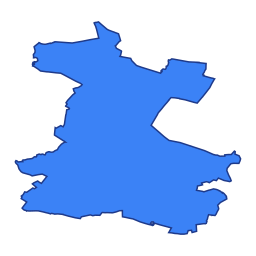 the district of Zaļenieku pag., Jelgava, Latvia
{"feature_id": "27541924B28600018737203", "entity_name": "Zaļenieku pag.", "entity_type": "district", "adm_level": 2, "iso_a3": "LVA", "parent_name": "Latvia", "parent_adm1": "Jelgava", "projection": "equal_earth", "projection_center": [23.49, 56.518], "detail": "fine", "context": "isolated", "style": "filled", "palette": "blue", "viewbox_px": 256, "rotation_deg": 0, "n_neighbors": 0, "source": "geoboundaries", "source_scale": "gbopen_adm2", "svg_char_len": 5433}
<svg xmlns="http://www.w3.org/2000/svg" viewBox="0 0 256 256"><path d="M215.0,215.5L216.1,214.1L217.1,211.9L218.5,209.4L218.7,208.5L217.7,205.2L220.5,202.4L220.9,202.2L226.8,198.9L226.5,197.2L226.2,197.0L226.4,196.3L224.1,193.6L222.7,192.5L222.4,193.0L220.6,191.4L219.3,190.8L219.4,190.7L217.4,189.8L216.2,189.4L213.5,188.9L209.8,190.0L209.4,190.0L203.9,191.8L202.7,191.4L196.5,190.3L196.8,189.2L197.2,188.4L197.5,186.0L201.2,185.2L202.5,184.8L201.6,183.0L206.4,181.7L208.2,182.1L209.3,182.7L213.6,179.9L216.4,180.6L218.4,178.1L224.1,180.5L227.9,181.2L229.6,181.6L230.0,181.5L231.2,180.8L230.3,178.3L228.7,175.2L226.8,170.6L227.2,168.2L230.8,163.8L232.1,163.5L233.8,163.3L238.9,163.4L239.2,162.7L240.0,160.9L240.6,158.8L239.1,155.8L235.0,154.1L235.2,151.6L234.4,151.1L231.3,154.5L227.4,154.6L224.7,154.9L224.8,156.1L219.9,156.2L217.4,155.1L215.8,155.1L214.0,154.6L213.9,154.7L205.9,151.2L204.5,150.6L180.2,142.6L169.0,140.4L164.4,136.9L151.1,125.3L157.3,114.8L158.2,112.9L161.8,108.7L163.6,106.4L165.9,103.7L166.3,103.3L169.0,100.1L168.8,100.0L171.0,97.6L174.8,97.8L179.6,98.5L179.7,98.8L185.1,99.8L194.2,102.4L197.2,103.1L202.2,97.2L202.5,97.0L202.5,96.9L205.3,93.4L209.8,87.6L211.7,83.8L214.4,79.1L214.6,78.9L213.0,78.3L211.4,78.0L208.7,77.3L203.5,75.8L203.9,75.2L202.8,74.7L202.9,74.3L203.4,73.4L204.3,72.1L204.6,71.2L204.9,70.5L205.9,69.1L206.0,65.4L206.1,63.5L197.4,62.5L197.7,62.3L188.8,61.9L173.4,59.1L171.7,58.9L170.6,59.7L169.5,60.1L168.5,59.9L168.3,60.4L168.3,61.9L168.7,62.6L168.4,63.5L168.1,64.8L167.4,65.9L167.2,66.1L166.9,66.2L166.5,66.1L166.2,66.3L166.3,66.5L166.6,66.6L166.3,67.1L165.9,68.7L165.3,69.3L164.2,69.2L163.5,69.0L162.8,69.1L161.2,70.6L161.0,71.0L161.3,71.1L161.7,71.0L162.1,71.2L161.6,72.1L160.7,72.7L160.6,73.2L157.7,72.3L141.6,67.3L137.0,65.7L136.3,65.3L131.8,60.7L130.7,58.4L126.8,57.7L119.9,56.4L120.6,55.2L121.5,51.3L121.4,51.0L121.1,50.8L116.4,48.3L116.2,47.8L115.4,46.0L115.3,45.9L116.1,45.3L119.0,41.8L120.6,40.7L119.4,36.6L118.5,33.8L108.8,30.2L107.1,29.3L101.1,24.2L98.5,21.9L96.4,22.4L96.0,22.6L95.7,22.4L94.7,22.6L94.1,22.9L94.4,23.7L95.7,26.4L96.1,27.8L96.6,29.4L98.8,38.2L90.1,39.7L82.0,41.3L72.2,43.0L55.3,41.8L54.1,42.3L54.1,42.1L50.8,43.5L50.4,43.1L46.0,44.2L44.9,44.3L42.9,44.1L40.4,43.5L40.0,43.0L39.5,42.8L39.0,42.6L38.4,43.3L37.6,43.9L34.1,46.7L34.1,46.9L35.0,50.1L35.1,51.1L35.0,51.5L34.9,52.6L33.4,54.5L33.4,55.1L33.6,56.8L33.6,57.3L33.5,57.8L33.9,57.9L34.8,57.5L35.5,57.5L36.0,57.6L37.0,58.1L37.4,58.5L37.6,58.9L37.6,59.9L37.9,60.4L37.7,60.9L36.2,61.8L35.8,61.9L35.0,61.7L34.2,61.7L34.2,61.9L34.2,62.1L34.4,62.2L34.7,62.3L34.8,62.5L34.6,62.9L34.4,63.0L34.1,63.0L33.8,62.7L33.3,62.5L33.1,62.5L32.9,62.5L32.8,63.6L32.5,63.9L32.5,64.2L32.8,64.2L33.3,64.0L33.8,64.0L34.2,64.1L34.4,64.3L34.3,64.5L33.1,64.6L32.7,64.9L32.6,65.0L32.9,65.6L32.8,65.8L32.7,66.0L34.0,66.4L37.8,68.9L40.5,71.0L47.2,71.9L47.5,71.8L55.9,72.8L60.7,73.2L64.4,75.1L75.8,81.2L80.4,83.3L82.1,84.6L81.4,85.6L78.4,87.4L77.4,87.7L75.8,87.9L73.3,88.8L73.9,91.1L75.1,93.0L74.8,93.3L72.9,94.7L67.7,100.3L66.0,102.8L67.0,103.8L67.1,104.1L65.6,106.1L65.7,106.3L68.7,107.7L69.4,108.6L69.1,109.1L66.7,109.8L66.1,114.3L65.8,114.8L64.4,124.4L63.1,126.8L60.8,125.6L56.1,128.2L55.2,127.6L54.5,134.1L54.5,135.1L63.3,140.7L64.1,141.1L65.4,142.1L65.0,142.1L63.9,142.6L62.4,143.5L61.2,144.4L58.7,147.2L57.6,149.3L57.3,149.7L55.0,150.7L53.5,151.8L53.0,152.0L51.9,152.2L51.1,152.2L49.0,151.7L48.1,151.9L46.5,152.5L46.2,152.7L45.9,153.1L45.2,154.8L44.3,154.8L43.1,154.2L42.7,154.1L42.0,154.1L41.7,154.2L41.3,154.5L41.0,154.6L40.5,154.5L39.9,154.2L39.1,154.1L36.9,154.9L36.7,155.1L36.6,155.4L36.7,156.0L36.6,156.4L36.3,156.8L36.1,156.9L35.9,156.9L34.8,156.7L33.6,157.3L32.7,158.2L32.4,158.4L31.6,158.6L30.3,158.8L27.8,159.1L27.4,159.1L25.0,159.9L23.1,160.0L22.8,160.1L22.4,160.5L22.8,161.6L20.6,161.7L18.1,162.0L17.4,161.2L16.0,160.6L15.4,161.5L15.4,162.1L15.8,163.0L16.4,163.7L17.6,164.8L17.8,165.1L18.8,168.3L19.0,168.8L19.3,169.4L21.1,171.7L22.9,172.8L30.1,174.8L32.1,175.9L38.5,174.6L42.3,174.1L46.9,176.4L41.4,183.4L39.4,182.3L37.7,181.0L33.9,182.8L32.4,183.9L36.4,187.4L34.5,188.7L32.8,188.0L31.5,189.0L26.7,192.3L24.7,191.9L23.2,194.6L21.3,196.1L22.0,196.9L21.2,198.6L26.7,202.0L22.1,208.1L22.6,208.7L23.6,209.6L23.8,209.8L24.4,210.1L26.3,210.6L26.5,210.8L26.6,211.0L27.0,210.8L29.2,211.0L36.0,210.8L38.5,210.9L43.5,212.0L45.7,212.6L48.4,213.2L50.5,213.9L51.0,213.6L51.5,213.4L53.3,213.7L54.5,214.1L57.8,213.9L63.1,214.4L63.1,214.6L68.4,216.1L75.4,217.8L80.3,218.6L81.4,216.8L90.3,214.9L92.8,215.7L95.2,215.2L99.9,215.3L101.9,212.7L102.2,212.5L105.2,212.7L107.0,212.6L112.6,212.8L116.2,211.9L119.5,210.7L122.4,210.6L122.4,214.2L122.5,216.8L125.8,217.4L130.8,218.5L133.0,218.9L140.2,221.9L145.0,223.4L148.9,224.5L151.6,225.1L151.6,224.8L151.8,224.6L152.1,224.5L152.5,224.6L152.7,224.9L152.5,225.2L152.2,225.4L152.3,225.5L153.2,225.3L153.6,224.9L154.0,224.2L153.3,224.1L150.7,224.0L150.4,223.9L150.4,223.6L150.7,223.2L151.1,222.4L151.7,221.9L152.1,221.9L153.4,221.9L153.5,222.0L153.6,222.3L153.1,222.5L153.3,222.7L153.3,222.8L160.2,224.9L171.4,227.9L168.7,232.6L171.8,232.9L175.0,233.5L177.2,233.6L180.5,234.1L184.2,234.1L187.1,233.6L188.2,230.6L191.5,230.3L192.1,232.5L196.6,231.3L196.2,224.7L198.2,224.4L204.2,223.6L205.2,223.8L206.3,223.3L206.9,221.4L206.4,221.0L206.4,220.9L207.1,219.7L207.5,218.7L207.8,217.2L208.6,214.7L212.2,215.2L212.2,215.3L212.5,215.2L215.0,215.5Z" fill="#3b82f6" stroke="#1e3a8a" stroke-width="1.5"/></svg>